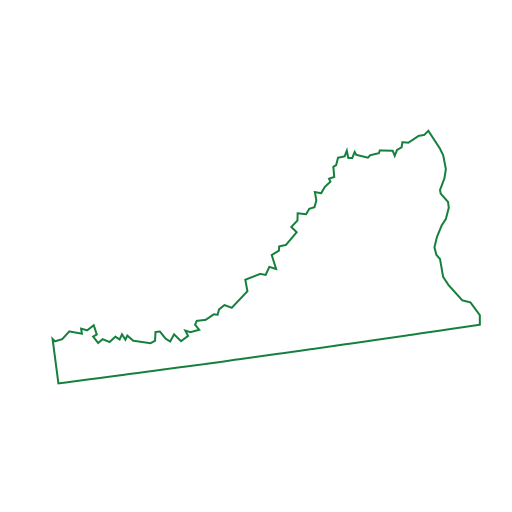 Sioux, North Dakota, United States of America (orthographic projection), rotated 352°
{"feature_id": "52423323B40893510468024", "entity_name": "Sioux", "entity_type": "district", "adm_level": 2, "iso_a3": "USA", "parent_name": "United States of America", "parent_adm1": "North Dakota", "projection": "orthographic", "projection_center": [-101.23, 46.186], "detail": "fine", "context": "isolated", "style": "outline", "palette": "green", "viewbox_px": 512, "rotation_deg": 352, "n_neighbors": 0, "source": "geoboundaries", "source_scale": "gbopen_adm2", "svg_char_len": 2052}
<svg xmlns="http://www.w3.org/2000/svg" viewBox="0 0 512 512"><g transform="rotate(352 256 256)"><path d="M42.6,354.6L44.4,354.7L45.2,354.7L49.7,354.8L54.3,354.8L74.6,354.9L84.3,355.1L90.0,355.1L101.0,355.2L102.3,355.2L109.1,355.3L109.3,355.3L109.6,355.3L111.3,355.2L119.4,355.3L121.3,355.4L125.5,355.4L133.2,355.4L133.6,355.4L140.2,355.5L148.5,355.5L167.5,355.6L168.9,355.7L208.2,356.0L221.4,355.8L222.3,355.8L223.8,355.9L232.8,355.9L238.7,355.9L246.2,355.9L250.7,355.9L264.3,355.9L270.1,356.0L277.1,356.0L278.1,355.9L279.4,356.0L281.7,356.0L286.6,356.0L287.6,356.0L297.8,355.9L299.4,356.0L333.9,355.8L335.1,355.9L338.6,355.9L345.9,355.9L346.9,355.9L359.9,355.8L394.3,355.7L396.5,355.6L399.9,355.7L408.3,355.5L428.4,355.5L435.0,355.4L468.1,355.2L469.4,345.7L461.9,331.8L454.1,328.6L442.6,311.6L438.4,302.7L437.8,284.6L434.8,280.0L433.9,272.3L437.8,262.4L444.3,251.3L449.1,245.9L453.6,235.1L453.7,229.2L447.6,220.0L447.4,216.3L453.4,205.3L456.1,196.5L455.4,182.4L453.0,175.0L444.1,156.0L439.5,159.5L433.7,159.7L422.7,165.0L416.8,163.7L415.3,168.6L410.3,170.7L407.3,176.1L406.0,170.8L393.3,168.7L392.0,171.3L383.1,172.1L380.5,174.2L369.4,169.8L368.2,166.7L364.9,172.4L361.0,171.7L360.6,164.3L357.6,169.7L350.9,170.1L348.0,177.2L345.0,178.4L344.5,188.6L339.1,189.6L340.0,192.8L333.8,197.1L329.3,202.9L323.2,200.9L323.5,209.4L320.7,215.8L315.3,216.7L311.4,221.6L303.2,219.5L302.0,226.6L295.0,232.2L299.6,238.1L287.2,249.2L280.3,249.7L279.4,253.9L271.7,257.2L274.1,271.7L267.7,268.6L262.9,276.1L257.7,274.3L242.1,278.0L242.6,289.7L224.8,303.9L217.9,300.2L212.0,303.7L209.8,308.8L206.0,307.9L197.3,312.2L188.3,312.0L186.1,315.6L189.5,321.2L180.4,322.3L175.6,320.0L177.6,325.7L169.9,329.9L164.0,322.2L159.1,328.7L155.0,325.3L150.3,317.4L145.9,317.3L144.2,325.9L139.4,327.7L122.6,322.8L117.5,316.9L115.0,320.7L112.4,314.9L109.3,319.7L105.6,316.3L99.0,320.8L92.5,317.0L87.6,320.2L83.5,313.1L87.4,311.6L85.7,302.0L78.5,306.1L72.7,303.6L72.8,308.7L60.6,304.7L52.5,311.4L45.0,312.5L43.0,309.8L42.6,354.6Z" fill="none" stroke="#15803d" stroke-width="2"/></g></svg>